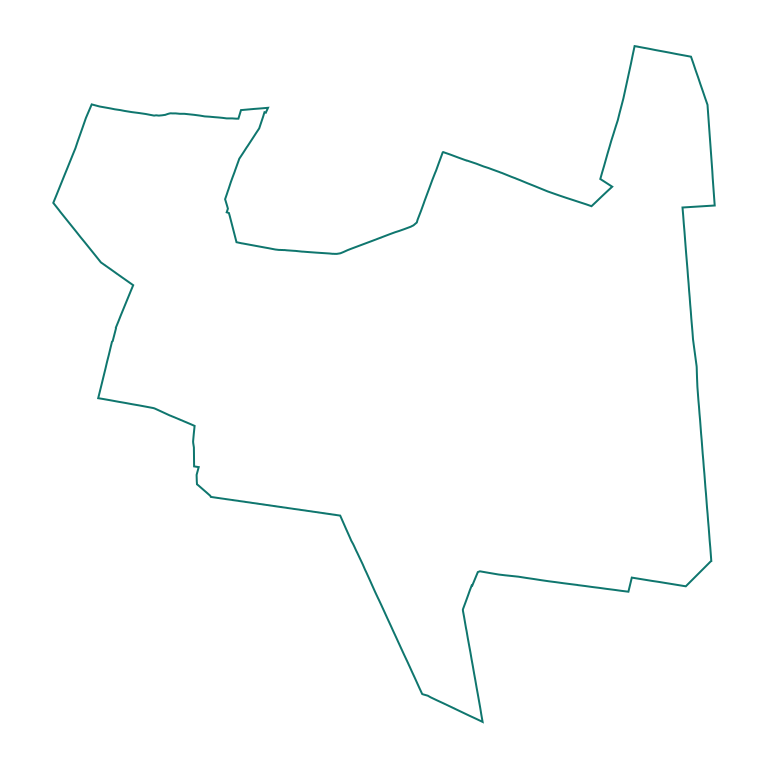 the district of Nextlalpan, México, Mexico
{"feature_id": "50627088B68991694125409", "entity_name": "Nextlalpan", "entity_type": "district", "adm_level": 2, "iso_a3": "MEX", "parent_name": "Mexico", "parent_adm1": "México", "projection": "orthographic", "projection_center": [-99.078, 19.726], "detail": "fine", "context": "isolated", "style": "outline", "palette": "teal", "viewbox_px": 768, "rotation_deg": 0, "n_neighbors": 0, "source": "geoboundaries", "source_scale": "gbopen_adm2", "svg_char_len": 5620}
<svg xmlns="http://www.w3.org/2000/svg" viewBox="0 0 768 768"><path d="M98.2,398.2L102.0,398.8L111.1,400.4L118.1,401.7L125.1,402.9L132.1,404.2L139.1,405.4L146.1,406.7L153.0,408.0L154.5,408.4L161.5,411.6L169.9,415.5L170.8,415.8L171.9,416.3L173.2,416.8L181.5,420.3L189.8,423.8L194.6,425.9L193.8,433.6L193.1,441.4L193.2,443.0L193.9,447.5L194.0,456.9L194.1,466.4L198.7,467.1L196.6,474.9L196.8,481.5L197.0,484.3L198.5,485.5L203.2,489.6L210.3,495.8L210.8,496.9L217.5,497.9L340.2,515.6L346.0,528.8L349.0,535.5L350.5,538.9L351.2,540.6L353.2,544.2L354.2,546.3L356.2,550.7L357.3,552.9L359.9,558.4L362.8,564.5L365.0,569.6L366.3,572.3L370.2,580.9L371.3,583.4L375.1,591.9L376.5,594.9L378.1,598.3L378.8,599.7L381.6,605.7L383.9,610.7L387.3,618.2L391.2,626.6L393.0,630.6L396.2,637.5L398.2,641.9L398.9,643.4L401.0,648.0L403.9,654.3L408.0,663.0L408.8,664.8L409.7,666.7L411.9,671.6L414.5,677.2L416.0,680.5L418.4,685.8L419.8,688.9L420.1,689.5L421.7,693.0L422.2,694.0L422.9,694.3L423.2,694.4L427.8,695.7L430.6,697.3L437.1,700.4L443.6,703.4L450.1,706.5L456.6,709.6L463.1,712.7L469.6,715.8L476.1,718.8L482.6,721.9L481.4,715.1L480.3,708.3L479.1,701.5L477.9,694.7L476.6,687.6L475.4,680.6L474.1,673.5L472.9,666.5L471.6,659.4L470.4,652.3L469.1,645.3L467.8,638.2L466.6,631.1L466.0,628.1L465.3,624.1L464.2,617.6L463.0,611.1L462.9,610.2L462.9,609.4L465.6,602.1L468.3,594.7L469.7,590.7L471.0,587.3L471.7,585.4L472.2,585.7L477.5,572.9L477.8,572.1L479.9,571.3L487.9,572.7L498.5,574.5L505.2,575.3L511.9,576.0L518.5,576.7L526.1,577.9L533.7,579.0L541.4,580.2L549.0,581.3L556.1,582.2L563.3,583.2L570.4,584.1L577.6,585.0L577.8,585.1L585.0,586.0L592.2,587.0L599.5,587.9L606.7,588.9L613.9,589.8L621.1,590.8L628.4,591.7L630.1,584.7L631.8,577.6L638.5,578.7L645.3,579.8L652.0,580.9L658.8,581.9L665.5,583.0L672.3,584.1L679.0,585.2L685.8,586.3L690.8,581.3L695.8,576.3L700.8,571.3L705.8,566.3L710.8,561.3L711.3,561.1L710.8,554.4L710.3,547.7L709.7,541.0L709.2,534.3L708.7,527.6L708.1,520.8L707.6,514.1L707.0,507.4L706.5,500.7L706.0,494.0L705.4,487.3L704.9,480.6L704.4,473.9L703.8,467.2L703.3,460.5L702.7,453.8L702.2,447.1L701.7,440.4L701.1,433.7L700.6,427.0L700.1,420.3L699.5,413.6L699.0,406.9L698.4,400.2L697.9,393.5L697.4,386.8L697.0,377.1L696.7,367.5L696.6,366.1L695.7,359.4L694.8,352.7L693.9,346.0L693.0,339.2L692.5,332.3L691.9,325.3L691.3,318.4L690.8,311.4L690.2,304.5L689.7,297.5L689.1,290.6L688.6,283.6L688.0,276.6L687.5,269.7L686.8,261.3L686.1,252.9L685.1,240.0L684.5,231.9L683.8,223.8L683.2,215.7L682.5,207.5L690.6,207.0L698.6,206.5L706.7,206.0L714.7,205.5L714.2,198.6L713.7,191.7L713.2,184.8L712.7,178.0L712.3,171.1L711.8,164.2L711.3,157.3L710.8,150.4L710.3,143.5L709.8,136.7L709.3,129.8L708.8,122.9L708.3,116.0L707.8,109.1L707.5,104.8L705.1,97.9L702.8,91.1L700.4,84.2L698.1,77.3L695.7,70.5L693.4,63.6L691.0,56.7L684.0,55.4L676.9,54.1L669.8,52.7L662.8,51.4L655.7,50.1L648.7,48.7L641.6,47.4L634.6,46.1L632.7,55.0L630.9,63.9L629.4,70.8L627.9,77.7L626.4,84.6L624.9,91.5L623.4,98.4L621.5,105.7L619.6,112.9L617.8,120.2L615.6,127.0L613.5,133.8L611.3,140.7L609.5,147.0L607.6,153.4L605.8,159.8L604.0,166.2L602.1,172.6L600.3,179.0L606.2,182.8L612.2,186.7L607.0,191.5L601.8,196.4L596.7,201.3L591.5,206.2L586.1,204.3L579.3,202.1L572.6,199.9L565.8,197.7L559.0,195.4L547.6,191.4L541.0,188.7L534.4,186.0L527.1,183.1L519.9,180.1L516.3,178.7L515.2,178.2L514.3,177.9L511.4,176.8L501.5,172.8L501.0,172.7L499.3,172.0L492.4,169.5L488.4,168.0L483.7,166.5L480.8,165.4L476.4,163.7L466.8,160.5L466.7,160.6L458.4,157.6L450.1,154.5L444.9,152.7L443.3,152.1L442.9,152.2L442.7,152.4L442.1,154.1L439.0,162.5L436.0,170.8L435.1,172.9L432.5,179.5L431.9,181.1L429.2,188.5L426.4,196.0L424.4,201.4L423.9,202.9L421.0,210.9L417.6,219.7L416.8,222.5L413.4,225.4L412.3,225.9L412.1,226.0L410.8,226.7L405.7,228.6L403.8,229.3L399.0,231.0L395.2,232.2L390.0,234.1L385.8,235.7L372.7,240.7L356.4,246.8L350.8,248.9L347.5,250.2L343.3,252.1L340.3,253.3L336.7,253.9L332.8,253.8L332.4,253.8L329.5,253.5L326.5,253.3L315.8,252.6L306.2,251.9L303.9,251.7L302.0,251.6L295.4,250.9L293.7,250.8L286.7,250.3L285.0,250.1L278.7,249.9L275.3,249.5L268.6,248.2L265.2,247.6L257.6,246.2L250.0,244.8L242.4,243.4L242.1,243.4L236.5,242.2L234.8,235.6L233.1,229.0L231.4,222.4L229.7,215.8L228.9,213.0L226.7,212.3L227.9,208.7L227.3,206.5L225.1,199.2L226.9,194.0L228.1,190.3L228.3,189.9L230.8,182.2L232.5,177.5L234.6,171.9L235.3,169.8L235.5,169.3L237.4,164.0L239.2,159.0L239.2,158.9L239.3,158.7L243.2,152.8L247.0,146.9L247.2,146.7L253.8,136.6L256.0,133.2L259.2,128.4L261.5,121.5L263.3,116.1L263.8,114.4L264.5,112.2L265.8,112.7L268.0,107.8L261.2,108.4L254.5,108.9L247.8,109.5L241.0,110.1L238.4,118.7L236.6,118.7L232.2,118.4L226.6,118.4L222.8,117.9L218.9,117.5L215.0,117.2L209.5,116.7L204.7,116.4L200.0,115.6L193.9,114.8L184.3,113.8L179.9,113.8L175.7,113.4L172.6,113.4L170.3,113.3L168.3,113.8L165.9,114.6L165.5,114.8L162.1,115.3L158.8,115.6L156.1,115.3L154.1,115.6L145.7,114.0L138.9,113.0L131.8,112.1L124.4,110.9L120.4,110.1L114.8,109.3L110.9,108.5L107.0,107.8L99.6,106.5L91.7,104.4L85.9,118.0L82.5,127.8L80.1,134.6L77.7,141.4L75.4,148.3L72.7,154.9L70.0,161.6L67.3,168.3L64.6,174.9L61.9,181.6L59.2,188.3L56.5,195.0L53.8,201.6L53.3,202.9L59.3,210.5L60.0,211.5L64.1,216.6L68.2,221.7L72.3,226.8L76.4,231.9L80.5,237.1L84.7,242.2L88.8,247.3L92.9,252.4L97.0,257.5L100.9,262.4L106.3,266.2L111.7,270.0L117.0,273.8L122.4,277.6L127.8,281.4L133.2,285.2L130.7,291.2L128.2,297.3L125.7,303.4L123.2,309.5L120.7,315.6L118.3,321.7L115.8,327.8L116.0,328.3L112.9,340.3L112.8,340.9L112.3,341.4L112.0,341.7L110.4,348.3L108.8,355.0L107.1,361.6L105.4,368.9L103.6,376.2L101.8,383.6L100.0,390.9L98.2,398.2Z" fill="none" stroke="#0f766e" stroke-width="2"/></svg>